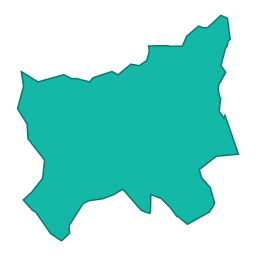 the district of Ikot Abasi, Akwa Ibom, Nigeria
{"feature_id": "59680162B30032590265448", "entity_name": "Ikot Abasi", "entity_type": "district", "adm_level": 2, "iso_a3": "NGA", "parent_name": "Nigeria", "parent_adm1": "Akwa Ibom", "projection": "albers", "projection_center": [7.634, 4.614], "detail": "fine", "context": "isolated", "style": "filled", "palette": "teal", "viewbox_px": 256, "rotation_deg": 0, "n_neighbors": 0, "source": "geoboundaries", "source_scale": "gbopen_adm2", "svg_char_len": 1031}
<svg xmlns="http://www.w3.org/2000/svg" viewBox="0 0 256 256"><path d="M214.6,203.0L210.3,187.7L201.6,177.7L199.3,169.5L216.4,156.2L238.5,154.2L225.0,115.4L223.8,118.1L219.7,112.2L219.2,111.0L220.7,97.9L219.6,96.9L218.2,89.1L218.6,85.1L225.0,73.6L225.8,72.3L220.9,65.8L225.4,48.6L227.1,46.0L228.2,41.1L230.2,39.4L227.4,18.2L220.9,15.4L207.8,27.5L204.2,28.0L198.5,26.1L186.6,36.3L182.4,46.2L168.9,46.3L168.0,45.6L148.6,46.0L149.3,51.5L146.8,60.4L139.3,65.7L130.8,64.2L118.0,74.9L112.0,71.5L93.1,77.7L89.4,81.9L76.3,78.5L71.6,78.7L63.8,74.7L38.0,81.9L21.3,71.6L23.6,86.2L17.5,108.7L27.1,123.9L28.0,138.8L44.6,160.1L42.6,178.3L31.8,192.1L23.2,199.9L32.1,209.9L35.9,212.4L40.1,218.4L50.5,233.4L61.0,240.6L61.9,240.6L69.6,233.2L68.9,226.0L83.1,203.5L88.9,200.8L90.5,200.5L103.0,198.7L113.3,194.8L113.6,194.7L122.8,189.2L141.0,210.0L144.4,211.8L149.9,213.4L150.5,211.7L150.8,194.5L161.3,198.6L169.7,207.0L177.0,216.5L178.4,216.8L187.4,224.3L209.3,212.1L213.4,205.7L214.6,203.0Z" fill="#14b8a6" stroke="#0f766e" stroke-width="1.5"/></svg>